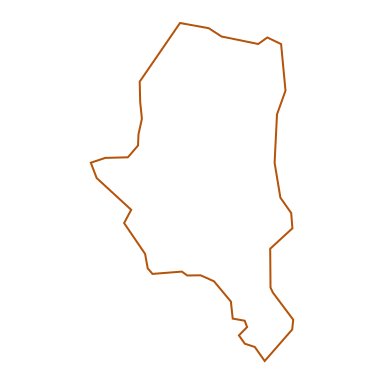 Gaya, Dosso, Niger (Natural Earth projection)
{"feature_id": "23599985B94426243670688", "entity_name": "Gaya", "entity_type": "district", "adm_level": 2, "iso_a3": "NER", "parent_name": "Niger", "parent_adm1": "Dosso", "projection": "natural_earth1", "projection_center": [3.47, 12.051], "detail": "fine", "context": "isolated", "style": "outline", "palette": "amber", "viewbox_px": 384, "rotation_deg": 0, "n_neighbors": 0, "source": "geoboundaries", "source_scale": "gbopen_adm2", "svg_char_len": 655}
<svg xmlns="http://www.w3.org/2000/svg" viewBox="0 0 384 384"><path d="M90.8,162.7L96.7,178.1L131.2,209.8L124.1,223.1L145.1,253.9L147.7,268.3L152.5,273.9L181.8,271.6L187.3,275.5L200.6,275.3L214.0,281.3L230.9,301.6L232.7,318.6L244.7,320.7L247.1,327.1L238.9,335.4L244.8,343.7L254.8,347.0L264.7,361.0L292.2,329.5L293.2,319.7L272.8,292.5L270.5,287.5L270.2,248.7L292.4,228.3L291.2,213.0L280.4,197.7L274.6,162.8L277.0,114.4L285.5,90.7L281.1,44.1L267.3,37.5L258.2,44.0L221.5,36.5L208.7,28.2L180.0,23.0L157.2,56.2L139.7,81.6L140.2,102.1L141.9,118.8L138.5,134.2L138.0,145.5L127.9,157.3L105.2,157.9L90.8,162.7Z" fill="none" stroke="#b45309" stroke-width="2"/></svg>